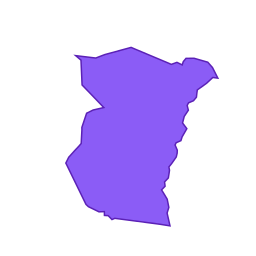 outline of Vicência, Pernambuco, Brazil, rotated 112°
{"feature_id": "56859067B62472660799714", "entity_name": "Vicência", "entity_type": "district", "adm_level": 2, "iso_a3": "BRA", "parent_name": "Brazil", "parent_adm1": "Pernambuco", "projection": "natural_earth1", "projection_center": [-35.361, -7.666], "detail": "fine", "context": "isolated", "style": "filled", "palette": "violet", "viewbox_px": 256, "rotation_deg": 112, "n_neighbors": 0, "source": "geoboundaries", "source_scale": "gbopen_adm2", "svg_char_len": 982}
<svg xmlns="http://www.w3.org/2000/svg" viewBox="0 0 256 256"><g transform="rotate(112 128 128)"><path d="M203.0,52.4L192.2,59.9L186.3,60.4L179.3,65.0L175.0,70.7L172.8,73.7L168.1,71.8L164.3,73.9L159.2,71.9L154.8,72.9L151.6,73.7L148.8,75.5L144.6,74.2L136.8,72.4L132.9,73.0L130.1,74.0L126.1,78.0L123.6,77.8L119.9,74.2L115.9,74.5L106.6,73.2L102.9,79.3L96.2,80.2L88.9,78.7L84.9,81.6L82.0,81.3L78.2,77.5L73.8,76.1L69.9,77.2L66.7,78.0L57.1,71.9L49.4,68.3L48.1,63.4L40.3,72.3L37.1,78.7L38.6,92.9L41.7,100.3L45.7,101.6L49.2,101.4L48.8,107.2L52.8,111.7L52.7,114.6L52.2,150.8L52.1,155.3L68.6,177.0L72.3,181.0L75.2,184.1L80.5,203.6L82.7,197.0L105.3,186.7L107.8,181.1L111.4,173.0L118.1,158.1L124.4,167.1L129.8,171.9L144.7,171.0L147.1,170.0L159.9,165.6L163.4,166.8L168.8,168.9L177.3,172.0L183.8,172.5L214.6,138.3L215.8,135.2L216.2,129.2L216.6,123.5L214.4,118.6L217.9,117.1L216.7,113.5L218.9,108.6L216.7,106.4L205.3,62.4L203.0,52.4Z" fill="#8b5cf6" stroke="#5b21b6" stroke-width="1.5"/></g></svg>